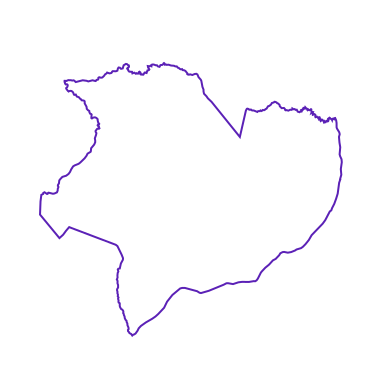 the district of Mueda, Cabo Delgado, Mozambique, rotated 173°
{"feature_id": "85939544B28759712944697", "entity_name": "Mueda", "entity_type": "district", "adm_level": 2, "iso_a3": "MOZ", "parent_name": "Mozambique", "parent_adm1": "Cabo Delgado", "projection": "natural_earth1", "projection_center": [39.255, -11.566], "detail": "fine", "context": "isolated", "style": "outline", "palette": "violet", "viewbox_px": 384, "rotation_deg": 173, "n_neighbors": 0, "source": "geoboundaries", "source_scale": "gbopen_adm2", "svg_char_len": 5966}
<svg xmlns="http://www.w3.org/2000/svg" viewBox="0 0 384 384"><g transform="rotate(173 192 192)"><path d="M40.9,248.0L41.8,247.9L42.2,246.9L43.2,247.6L43.9,247.2L44.2,246.3L44.6,247.4L45.8,247.9L45.9,248.5L46.5,249.0L48.1,248.0L48.1,247.5L47.7,246.9L48.2,245.7L48.7,245.5L49.7,246.3L50.2,246.1L50.8,245.0L52.5,244.8L52.6,245.6L52.2,246.5L52.3,246.7L53.2,246.8L53.8,247.2L53.9,247.9L54.6,248.1L55.0,247.1L55.6,246.8L55.9,248.5L57.0,248.4L57.0,248.8L56.0,249.3L56.1,250.0L56.5,250.0L57.1,249.6L57.6,249.7L57.7,250.0L57.2,250.7L58.3,250.7L58.9,251.6L60.3,251.2L60.5,251.7L60.1,253.3L60.7,254.2L62.1,254.9L62.2,254.0L62.7,253.9L62.8,255.5L62.1,256.6L62.6,256.8L63.8,256.1L63.4,257.0L63.8,258.5L63.5,259.4L63.8,259.7L64.4,259.3L64.6,258.7L65.8,259.0L66.4,259.7L67.3,259.1L67.6,259.6L67.2,260.3L68.5,261.2L69.3,262.4L69.9,261.2L70.5,261.9L71.1,261.9L71.6,261.3L71.6,260.4L72.5,259.7L73.1,260.2L73.5,260.1L73.1,259.1L73.4,258.5L74.1,258.5L74.6,258.8L75.6,258.1L77.3,258.9L78.0,260.9L79.2,260.9L80.0,261.8L81.0,261.7L82.2,262.7L82.4,261.9L83.0,261.4L84.4,261.7L86.5,261.0L88.2,261.8L88.9,261.6L89.5,262.0L89.8,263.3L90.5,264.2L92.8,264.3L94.4,266.4L94.5,267.8L95.7,269.3L96.7,269.8L97.0,270.4L98.1,271.2L99.2,271.5L99.9,270.9L101.9,270.6L102.9,269.2L104.7,268.1L106.1,267.8L107.9,265.6L109.0,265.3L109.8,264.6L110.6,264.4L111.7,264.8L113.0,263.9L114.1,264.6L114.7,264.0L116.5,264.2L117.4,263.5L120.8,265.4L122.4,265.6L123.5,266.7L124.3,266.5L125.3,266.8L125.7,267.5L127.0,268.0L127.5,267.8L128.6,266.2L137.8,240.8L161.6,279.1L164.8,283.0L166.0,285.3L168.1,288.1L168.3,290.4L168.1,292.3L168.8,295.0L169.2,301.2L169.6,302.4L171.5,305.2L172.3,308.0L173.3,308.8L174.9,308.8L177.4,308.1L179.5,309.0L180.2,308.8L180.9,309.1L181.4,308.9L182.3,309.5L182.2,310.4L183.8,313.0L185.0,313.8L186.3,314.1L186.9,315.2L187.9,315.0L189.0,315.6L190.1,316.8L190.9,317.1L191.8,318.5L193.3,318.7L194.5,319.5L197.4,320.1L199.7,321.2L201.7,321.3L202.4,321.8L203.3,321.6L203.7,323.0L204.1,323.4L204.5,323.2L205.1,322.3L205.8,321.8L207.8,321.8L209.0,320.2L210.5,320.8L211.4,322.1L212.3,322.1L214.5,323.2L216.0,323.4L216.6,322.9L216.9,321.9L217.6,322.6L218.7,321.9L220.5,322.4L220.4,320.9L219.4,318.9L219.9,318.3L221.4,318.1L221.6,317.4L222.4,316.8L222.3,316.1L222.6,315.6L224.5,316.3L226.0,314.4L226.5,314.4L227.4,315.0L228.2,314.7L228.9,315.3L228.6,316.5L228.7,317.0L229.5,317.8L230.1,317.5L230.9,316.1L231.2,316.0L232.7,316.7L233.3,316.2L234.8,317.5L236.7,317.0L236.9,318.6L239.6,319.1L240.5,320.4L240.5,321.6L241.1,321.9L241.3,322.4L240.8,323.0L239.3,323.9L239.2,324.8L239.4,325.5L240.0,325.7L240.9,326.8L242.0,327.2L244.4,326.1L245.7,323.1L247.4,322.9L248.5,324.2L249.7,324.5L250.5,323.6L251.3,321.5L252.9,321.1L255.9,321.6L256.6,321.2L257.1,320.3L257.8,319.9L259.5,319.8L261.7,320.9L262.5,320.0L263.9,319.4L265.0,318.1L267.0,316.6L268.4,316.5L270.0,317.2L270.5,317.1L271.0,316.8L271.2,315.5L271.6,315.0L273.1,314.9L273.6,314.2L274.3,313.9L277.1,315.0L281.5,314.4L283.0,315.2L286.8,316.2L294.0,315.3L295.3,316.9L296.1,317.3L297.3,317.2L298.5,317.7L301.2,318.1L303.2,317.5L304.7,317.9L304.9,317.9L305.1,316.8L304.8,316.4L304.8,315.3L304.4,314.4L304.1,314.1L303.0,314.2L302.4,313.5L302.4,312.6L303.1,311.3L304.3,310.4L304.1,309.6L302.8,307.4L302.2,306.8L301.8,307.1L300.4,307.2L299.2,306.9L297.9,305.4L297.3,303.0L296.7,302.7L295.5,302.9L294.7,300.8L292.8,299.9L291.6,298.1L290.7,297.4L290.4,296.5L288.4,296.0L287.7,295.5L287.5,295.0L287.7,293.0L286.3,289.5L286.3,287.4L285.3,285.9L284.1,285.0L284.1,283.7L283.6,282.2L282.6,281.7L282.2,281.2L282.9,277.7L282.6,277.3L282.4,277.3L282.4,277.9L281.8,277.6L280.0,278.0L278.9,277.8L277.8,277.1L276.8,275.8L276.9,274.3L276.6,272.3L275.8,270.9L276.2,270.3L276.9,270.5L277.4,269.9L277.0,269.6L277.1,268.8L276.4,268.2L276.5,267.4L276.1,266.6L276.7,266.1L277.9,266.4L278.6,266.1L280.3,264.3L280.3,263.4L279.7,262.1L280.3,260.3L281.9,257.1L281.8,255.1L282.0,253.2L283.3,251.0L286.8,247.7L287.4,244.9L287.8,244.2L291.0,242.8L292.2,240.9L294.5,238.5L299.4,234.8L301.1,233.8L305.2,232.7L306.9,231.9L309.2,229.1L310.6,226.8L312.3,225.0L314.9,223.5L318.8,222.8L321.1,220.9L322.3,219.7L323.0,216.8L324.2,215.3L324.4,214.4L324.0,213.7L324.1,212.8L324.8,211.7L325.2,209.7L326.1,208.1L328.6,207.3L330.2,207.2L334.4,208.8L334.9,208.7L335.5,207.8L336.1,207.7L338.4,209.7L339.7,209.2L340.0,208.2L341.9,207.5L343.5,201.1L345.6,188.1L329.2,162.4L325.1,165.3L321.7,168.9L318.2,172.1L274.1,148.9L272.6,147.4L269.5,138.4L268.6,135.0L268.6,134.2L268.9,133.1L271.3,129.7L273.0,124.9L274.5,124.8L275.1,124.1L274.8,122.0L275.6,120.8L276.2,118.2L276.3,116.2L277.3,114.2L276.8,113.4L276.8,112.1L277.1,110.5L276.7,108.7L277.0,106.2L278.0,104.9L278.4,103.9L278.1,101.8L278.4,100.8L278.0,99.1L278.4,97.4L277.8,96.3L278.4,95.0L278.1,93.3L278.4,91.9L278.2,91.1L277.5,90.7L277.3,90.2L277.6,87.7L277.4,86.4L276.6,84.5L275.5,83.7L274.8,82.4L274.7,81.2L275.1,80.3L274.6,79.2L274.6,78.1L274.1,76.8L274.1,75.0L273.5,73.2L272.7,72.2L272.7,70.8L272.2,69.5L272.3,67.6L271.6,65.3L271.6,63.7L272.4,62.9L272.4,61.6L271.5,60.4L271.3,59.6L269.7,58.5L268.8,56.8L267.8,57.5L266.7,57.7L265.3,58.4L263.0,60.9L261.5,63.2L259.0,65.3L253.6,68.2L246.8,71.1L243.4,72.9L240.4,75.0L233.8,80.5L230.1,86.2L224.0,92.2L215.5,97.7L213.4,98.0L210.6,97.6L199.0,92.9L196.8,91.1L195.4,90.6L187.3,91.9L171.9,96.1L169.0,97.2L167.4,97.1L162.5,95.6L156.9,96.7L153.5,96.7L146.2,95.8L141.5,96.0L140.2,95.7L138.7,96.4L137.2,98.0L133.4,103.7L132.1,104.9L128.5,107.9L124.4,110.5L120.0,114.3L117.1,115.4L115.9,116.4L113.2,118.6L111.8,120.4L109.4,121.3L107.9,121.3L104.3,120.1L100.9,120.3L96.8,121.4L95.3,122.2L90.6,123.0L88.6,124.1L85.7,126.4L81.9,130.1L78.5,134.6L66.2,144.6L63.2,147.8L57.6,155.9L56.0,156.8L54.9,159.0L52.3,162.8L49.7,167.9L47.6,172.6L44.8,183.3L43.3,186.4L43.5,186.6L41.7,190.9L41.5,196.6L39.7,203.3L39.6,206.3L40.6,209.4L40.9,211.4L39.4,218.4L39.6,223.1L39.4,228.8L38.4,231.2L38.4,232.0L38.6,233.4L40.4,237.4L40.6,238.6L40.1,242.9L40.2,245.6L40.9,248.0Z" fill="none" stroke="#5b21b6" stroke-width="2"/></g></svg>